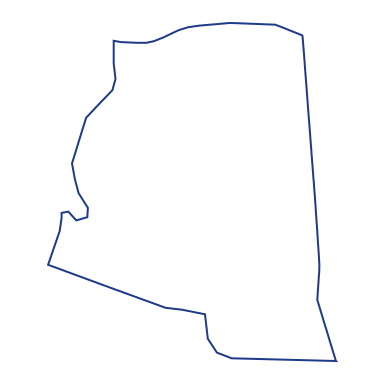 Adila, Eastern Darfur, Sudan
{"feature_id": "16777658B87348298332109", "entity_name": "Adila", "entity_type": "district", "adm_level": 2, "iso_a3": "SDN", "parent_name": "Sudan", "parent_adm1": "Eastern Darfur", "projection": "mercator", "projection_center": [27.139, 11.428], "detail": "fine", "context": "isolated", "style": "outline", "palette": "blue", "viewbox_px": 384, "rotation_deg": 0, "n_neighbors": 0, "source": "geoboundaries", "source_scale": "gbopen_adm2", "svg_char_len": 1959}
<svg xmlns="http://www.w3.org/2000/svg" viewBox="0 0 384 384"><path d="M335.9,361.0L335.8,360.9L335.8,360.6L335.7,360.5L335.6,360.2L335.5,359.9L335.5,359.7L335.3,359.1L335.1,358.3L333.4,352.8L333.3,352.7L332.5,349.9L331.7,347.3L331.2,345.5L331.0,345.0L329.8,341.0L328.7,337.5L328.0,334.9L327.5,333.5L327.4,333.3L327.4,333.0L326.6,330.4L326.0,328.4L325.8,327.9L325.5,326.9L323.4,320.1L323.3,319.6L322.7,317.6L322.2,316.1L321.8,314.7L320.6,310.8L320.3,309.6L319.8,308.2L319.2,306.0L318.8,304.7L318.7,304.6L317.9,301.8L317.4,300.2L317.3,299.7L317.3,299.4L317.4,298.4L317.6,295.2L317.7,293.2L318.0,288.8L318.1,288.2L318.3,284.6L318.3,284.3L318.6,280.2L318.9,275.6L319.2,272.2L319.4,265.3L318.9,256.5L318.8,254.7L318.5,250.3L317.9,241.9L317.8,240.3L317.2,230.4L317.1,229.8L317.1,228.8L316.9,225.7L316.8,224.6L316.5,220.5L316.4,218.8L316.3,218.2L316.3,217.1L316.3,216.9L316.1,215.1L316.0,213.6L315.9,212.1L315.9,211.2L315.6,207.4L315.5,205.6L315.4,204.4L315.4,204.1L315.3,203.0L315.2,201.9L315.1,199.9L315.1,199.7L315.1,199.2L314.7,194.3L314.4,191.2L314.3,189.1L313.9,183.8L313.8,182.3L313.6,179.9L313.5,179.6L313.3,176.3L313.1,173.8L312.5,165.9L311.6,154.4L310.8,143.7L309.4,125.3L308.0,107.7L307.9,106.3L306.6,88.5L306.4,85.8L305.5,74.4L305.4,73.3L304.9,66.3L304.7,64.0L304.7,63.4L304.3,58.1L303.1,43.2L302.6,37.1L302.6,36.8L302.5,36.1L302.4,35.6L302.3,35.4L283.6,27.9L275.3,24.7L257.8,24.0L237.2,23.2L229.2,23.0L218.4,24.0L206.4,25.0L198.8,25.7L188.3,27.2L182.0,29.1L179.4,29.9L174.9,31.9L168.6,34.9L163.5,37.4L159.7,38.9L153.8,41.2L147.8,42.5L146.6,42.8L137.6,42.8L120.9,42.1L113.7,40.8L113.7,63.3L115.5,79.0L112.4,90.2L100.2,102.8L86.1,117.8L81.6,132.3L72.0,163.5L75.0,179.7L78.7,193.5L79.1,194.0L87.9,207.9L87.3,217.2L76.3,220.4L68.3,211.6L61.6,212.9L61.6,217.9L59.7,231.0L48.1,264.8L104.0,285.4L146.0,300.7L151.6,302.7L165.5,307.8L182.0,309.7L205.0,314.3L207.8,338.7L216.9,352.6L231.6,358.3L335.9,361.0Z" fill="none" stroke="#1e3a8a" stroke-width="2"/></svg>